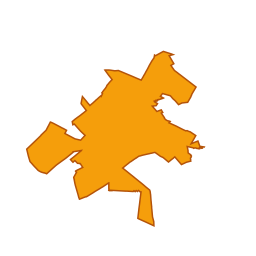 Zumpango, México, Mexico (orthographic projection), rotated 122°
{"feature_id": "50627088B21767491225911", "entity_name": "Zumpango", "entity_type": "district", "adm_level": 2, "iso_a3": "MEX", "parent_name": "Mexico", "parent_adm1": "México", "projection": "orthographic", "projection_center": [-99.071, 19.813], "detail": "fine", "context": "isolated", "style": "filled", "palette": "amber", "viewbox_px": 256, "rotation_deg": 122, "n_neighbors": 0, "source": "geoboundaries", "source_scale": "gbopen_adm2", "svg_char_len": 5576}
<svg xmlns="http://www.w3.org/2000/svg" viewBox="0 0 256 256"><g transform="rotate(122 128 128)"><path d="M199.4,71.8L199.4,71.1L198.8,66.5L198.6,65.1L198.2,62.1L197.2,54.2L194.1,56.3L193.9,56.4L193.5,56.9L193.4,56.9L190.5,60.0L188.3,61.7L184.2,64.8L183.4,65.5L182.4,66.1L180.5,67.6L177.6,69.8L177.4,70.0L176.7,70.5L175.9,71.1L173.7,72.7L172.7,73.4L171.8,74.2L170.9,74.9L170.1,75.6L169.4,76.4L169.2,76.6L169.1,77.2L168.9,78.8L168.7,80.4L168.5,82.0L168.1,84.4L167.9,85.9L167.8,86.6L167.5,88.9L167.5,89.2L164.8,111.3L163.7,110.9L161.7,110.3L160.3,109.8L159.6,109.6L158.6,109.2L157.5,108.8L156.5,108.5L156.2,108.4L155.8,108.2L155.3,108.0L154.7,107.6L154.1,107.4L153.4,107.1L152.6,106.7L151.7,106.4L150.7,105.9L149.3,105.3L149.3,105.2L146.2,103.9L145.5,103.2L144.8,102.5L144.7,102.4L144.4,102.2L143.4,101.3L138.9,96.8L138.9,96.7L137.4,95.3L136.7,94.5L135.6,93.5L134.4,92.2L134.5,90.2L134.7,87.1L134.8,86.3L134.8,85.5L134.7,84.5L134.5,83.3L134.5,83.0L134.5,82.9L134.4,82.7L134.9,79.1L135.0,78.5L135.4,75.6L131.8,74.4L129.7,73.6L129.0,73.4L127.7,73.0L130.7,63.3L127.0,60.9L126.1,60.3L122.8,57.2L122.3,57.7L121.8,58.1L121.4,58.2L121.0,58.7L120.8,58.9L120.4,59.1L120.0,59.1L119.6,59.0L119.2,59.0L118.7,59.3L118.3,59.5L118.1,59.4L118.0,59.5L118.0,60.1L118.0,60.3L117.5,60.5L117.5,60.8L117.4,61.5L117.4,62.5L117.3,62.9L117.4,63.5L116.3,64.6L115.7,64.8L112.3,68.0L110.3,62.3L110.4,61.5L110.0,61.3L109.7,60.9L109.0,60.0L108.8,58.5L108.4,58.1L108.3,57.9L108.2,57.2L107.3,57.0L107.2,57.0L107.7,56.4L107.3,56.1L106.5,56.6L105.8,55.9L106.1,55.7L106.2,54.8L105.6,54.2L104.5,54.8L104.3,54.3L104.0,53.9L103.8,53.3L103.7,53.3L105.1,56.6L105.5,57.3L102.0,61.8L107.9,66.1L98.5,66.5L98.3,72.9L98.3,73.2L98.5,74.0L98.7,74.7L98.9,76.5L99.8,77.5L100.2,80.7L100.6,85.3L100.7,86.3L100.8,87.8L101.9,96.0L100.1,95.7L100.3,96.7L100.4,96.9L100.9,98.4L101.0,99.8L100.6,102.1L100.0,102.5L97.7,107.7L97.2,107.4L96.4,106.8L95.0,109.4L98.7,112.3L96.6,119.0L94.2,116.0L91.7,115.9L91.7,119.5L91.4,119.9L90.6,118.8L90.6,119.3L90.3,119.0L89.8,118.3L89.6,118.6L89.3,117.9L89.2,117.8L89.0,118.0L88.4,117.5L87.5,116.6L87.7,117.2L87.7,117.3L87.6,117.2L87.4,116.7L86.4,115.8L86.0,115.6L85.7,115.2L85.2,115.2L85.2,114.9L84.5,114.2L83.8,113.8L84.0,117.3L80.5,117.0L78.2,109.1L79.4,105.4L79.9,102.4L81.4,97.5L78.2,95.5L74.6,91.0L68.4,91.2L66.6,91.6L66.3,91.5L65.5,91.8L57.2,92.0L55.2,112.7L55.2,113.0L55.1,114.1L54.9,115.4L54.9,115.9L54.8,117.0L54.6,119.2L52.2,124.8L49.2,123.2L44.9,131.4L41.9,128.7L42.2,130.4L44.3,138.6L52.1,143.0L52.1,144.1L52.3,144.0L54.8,143.1L56.0,143.2L57.1,143.2L58.3,143.3L61.3,143.2L63.8,143.1L65.6,142.9L68.3,142.7L71.0,142.6L73.2,142.4L75.1,142.4L76.3,142.3L79.6,142.2L80.4,142.2L81.0,145.7L81.9,151.7L83.7,162.7L84.3,166.2L84.4,166.8L84.7,167.1L86.5,169.5L87.8,172.5L88.6,174.3L90.9,178.0L91.0,178.2L91.1,178.3L93.6,172.1L94.8,168.7L95.4,167.1L96.3,167.4L97.2,167.5L98.0,167.7L98.7,167.8L99.1,167.9L100.0,168.0L101.6,168.2L102.5,168.4L103.0,168.4L103.4,168.4L103.8,168.3L104.1,168.2L104.3,168.2L104.6,168.2L105.0,168.2L105.4,168.2L105.9,168.2L107.0,168.3L107.7,168.4L108.2,168.5L108.8,168.5L110.3,168.7L110.7,168.7L111.4,168.7L111.9,168.8L112.1,168.8L112.4,167.8L115.4,167.5L115.2,168.1L118.1,169.0L119.0,169.2L120.0,169.5L121.4,170.0L122.4,170.2L124.1,170.7L124.9,170.9L125.9,171.2L127.1,171.6L129.1,172.2L128.8,173.1L127.9,176.1L127.6,176.7L125.5,183.3L129.3,181.9L129.9,181.6L130.3,181.5L130.8,181.3L131.6,181.0L131.9,180.9L132.3,180.5L132.4,180.2L132.8,179.2L134.1,175.7L134.5,174.7L135.2,172.8L135.2,172.6L135.3,172.6L138.0,173.5L139.1,173.9L139.9,174.2L140.4,174.4L141.9,174.9L143.5,175.5L145.6,176.4L147.2,177.0L148.4,177.5L151.5,178.5L152.1,178.7L154.5,176.5L153.1,175.6L154.4,171.3L155.1,168.9L155.8,166.5L156.6,162.6L157.0,160.5L163.4,161.7L165.3,167.2L166.1,178.6L162.5,178.9L162.7,182.5L162.9,184.0L163.0,185.9L163.6,193.8L164.0,196.8L164.1,197.0L168.8,196.6L169.3,196.6L170.4,196.5L170.7,196.5L171.2,196.4L171.8,196.4L172.6,196.3L172.9,196.3L173.5,196.3L173.9,196.4L174.6,196.6L180.2,198.0L180.6,197.9L186.7,199.4L194.9,201.5L199.6,202.7L204.9,197.3L208.4,193.3L209.2,190.4L209.2,190.2L209.3,190.0L209.4,189.9L209.7,188.8L210.2,187.1L211.0,183.8L211.5,182.2L211.5,181.7L211.6,181.4L211.5,179.0L211.3,178.1L211.2,177.5L211.0,176.8L210.6,175.4L210.4,175.4L209.9,172.7L208.1,172.2L200.4,170.0L198.0,169.3L196.3,168.7L195.6,168.4L192.1,167.0L191.1,166.6L189.9,166.1L186.5,164.7L177.7,161.7L177.3,162.0L177.1,161.8L176.5,161.1L174.6,158.9L174.0,158.2L173.4,157.5L171.7,155.6L172.0,155.6L172.5,155.8L176.5,157.1L181.9,158.9L185.2,160.1L185.6,158.8L185.9,157.8L186.2,156.5L183.8,155.8L184.2,154.1L184.7,152.1L183.7,150.2L183.8,150.0L183.7,149.9L183.5,149.7L183.8,149.0L184.1,148.3L184.7,147.0L185.4,145.5L187.2,146.6L189.3,147.9L190.2,148.5L190.7,148.8L192.2,149.6L192.3,149.5L192.5,149.5L192.8,148.6L192.8,148.2L198.6,147.9L199.2,147.4L199.3,147.3L199.4,147.1L199.5,146.9L199.9,146.6L200.2,146.4L200.2,146.2L200.4,146.0L200.6,146.0L202.8,144.0L204.5,142.3L211.2,134.8L211.5,134.5L213.2,132.7L213.6,132.0L214.1,131.5L214.1,131.4L210.4,128.7L209.4,127.9L208.4,127.1L208.4,126.9L207.8,126.5L207.2,126.2L206.4,125.8L202.6,123.9L201.2,123.2L199.4,122.4L199.2,122.3L196.7,121.0L195.0,120.1L192.9,119.1L191.0,118.1L184.8,115.3L184.7,115.2L189.5,112.2L189.6,111.9L191.1,111.3L191.0,110.6L190.2,109.3L190.1,109.9L183.2,97.3L183.1,97.1L182.4,95.9L181.9,95.1L181.6,94.5L179.1,89.9L178.0,89.7L178.2,88.2L176.7,87.9L176.9,86.4L175.4,86.0L175.6,84.6L175.7,83.8L175.3,83.1L186.4,77.9L191.0,75.8L192.0,75.3L196.2,73.3L197.9,72.5L199.4,71.8Z" fill="#f59e0b" stroke="#b45309" stroke-width="1.5"/></g></svg>